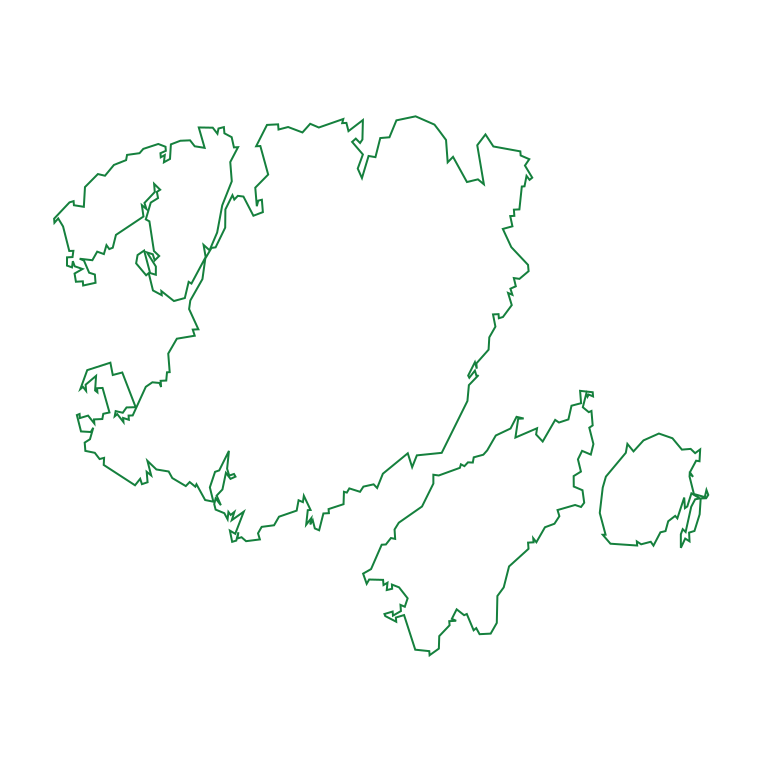 Bokn nor, Rogaland, Norway (Robinson projection), rotated 84°
{"feature_id": "86288312B12151058165586", "entity_name": "Bokn nor", "entity_type": "district", "adm_level": 2, "iso_a3": "NOR", "parent_name": "Norway", "parent_adm1": "Rogaland", "projection": "robinson", "projection_center": [5.436, 59.216], "detail": "fine", "context": "isolated", "style": "outline", "palette": "green", "viewbox_px": 768, "rotation_deg": 84, "n_neighbors": 0, "source": "geoboundaries", "source_scale": "gbopen_adm2", "svg_char_len": 6139}
<svg xmlns="http://www.w3.org/2000/svg" viewBox="0 0 768 768"><g transform="rotate(84 384 384)"><path d="M181.5,221.0L175.6,216.0L171.0,224.2L166.9,224.1L159.2,250.4L146.4,257.0L156.3,266.3L195.8,263.8L190.3,269.2L191.8,280.4L165.3,291.6L170.2,297.5L147.8,296.8L137.8,302.7L131.3,306.7L121.1,324.6L123.1,344.1L139.2,352.8L139.0,362.0L157.5,368.8L155.6,375.5L176.9,384.4L167.0,387.6L153.5,381.0L139.9,390.4L137.0,386.4L141.8,382.6L138.6,379.9L119.3,377.4L128.8,392.9L120.4,394.1L120.2,398.3L116.2,396.8L122.1,422.0L117.5,430.2L125.3,438.8L118.4,452.5L119.9,462.3L114.7,462.2L114.1,473.3L134.2,486.3L134.4,482.1L163.6,477.3L175.3,491.5L193.9,491.9L188.5,489.9L188.0,486.2L200.4,486.5L203.0,496.3L182.9,504.2L181.6,509.7L184.9,513.6L180.4,515.0L193.8,523.5L211.9,525.6L230.5,537.2L230.6,541.3L240.5,548.6L260.7,553.6L280.7,567.9L289.1,570.0L310.2,562.9L309.9,568.5L316.2,567.2L317.3,585.3L331.2,595.4L349.8,595.9L349.7,598.6L357.8,600.2L357.5,605.8L363.7,606.0L359.5,607.2L358.1,614.2L361.9,621.2L389.0,637.2L388.7,641.3L392.9,641.5L390.5,647.0L394.6,647.1L386.1,652.4L388.0,655.2L382.9,653.7L385.3,646.8L380.4,642.5L381.1,633.4L345.2,643.1L346.7,652.8L334.2,653.9L339.2,677.7L357.3,686.5L355.4,683.7L359.7,681.0L353.5,680.8L345.8,669.5L360.2,672.0L362.3,669.9L358.2,669.8L358.5,664.3L383.6,660.0L384.3,666.3L389.4,667.8L388.9,676.1L393.0,676.2L384.5,681.6L386.1,690.0L382.0,689.9L382.8,692.7L399.5,690.3L401.1,680.6L397.1,677.7L408.2,682.2L411.0,687.8L419.3,688.0L422.2,678.8L428.9,674.7L428.2,670.1L435.2,671.2L458.7,642.2L452.8,636.4L458.3,635.2L457.0,629.4L446.5,629.2L450.6,625.1L435.7,627.3L445.2,619.3L448.5,607.3L455.4,604.4L464.8,591.8L461.2,587.5L466.4,582.4L464.1,581.0L480.7,574.0L483.2,566.0L468.6,568.0L453.7,561.2L452.7,556.9L434.3,545.2L451.9,548.9L458.9,547.5L457.8,542.6L460.6,541.4L462.3,546.6L455.8,550.5L472.0,555.7L477.5,562.1L487.5,558.9L480.2,563.4L485.7,565.4L491.3,564.6L495.8,556.3L502.2,553.7L495.0,552.1L498.2,550.2L495.6,546.2L503.5,549.6L496.3,536.8L517.4,547.6L513.7,552.6L525.1,551.5L524.3,547.3L516.2,544.3L522.3,545.9L521.5,541.7L525.9,537.6L525.6,523.7L519.3,524.9L513.3,520.6L513.0,508.1L505.0,502.3L500.8,484.1L490.7,481.1L493.0,477.0L486.8,475.4L501.6,470.2L501.5,473.0L515.8,476.1L509.9,470.4L516.0,472.0L512.0,469.1L520.4,467.9L522.7,463.8L506.4,457.8L506.7,452.3L502.6,452.2L499.3,436.8L487.0,435.1L488.1,432.3L484.2,429.4L488.7,419.1L483.9,415.2L482.7,404.8L486.7,401.7L473.1,394.5L455.4,367.6L469.7,364.7L458.4,358.8L458.5,333.8L409.6,302.8L394.0,299.7L385.0,289.0L386.5,291.0L380.2,292.2L386.7,298.5L384.4,299.4L371.8,291.3L378.4,290.1L373.2,290.0L360.8,276.4L348.6,274.4L338.6,267.2L326.2,268.3L326.5,262.8L330.6,262.9L329.8,258.7L318.9,248.7L306.4,251.1L308.7,247.0L302.4,248.3L300.6,242.7L292.2,243.8L293.6,238.3L286.9,228.4L280.6,228.3L261.2,243.1L242.2,249.6L240.6,239.8L230.2,240.9L230.4,236.8L224.2,236.6L224.5,231.1L202.0,226.3L202.1,223.6L191.9,220.5L196.2,217.9L194.3,215.0L181.5,221.0ZM418.2,177.4L414.0,177.3L411.3,189.7L423.7,190.0L425.2,199.8L438.5,204.3L440.6,214.0L437.6,217.5L457.8,232.2L450.1,238.0L444.0,236.4L451.0,258.9L432.6,254.2L432.9,248.7L430.5,255.6L441.5,262.8L446.9,278.2L460.8,288.3L464.7,292.6L466.3,302.4L471.4,303.9L470.7,308.7L474.1,312.6L471.9,315.9L475.3,317.3L480.7,339.1L479.4,344.4L488.2,345.3L509.8,359.0L523.5,383.8L529.8,388.7L539.2,389.1L537.9,393.2L543.8,398.9L543.6,403.1L566.7,416.2L570.4,424.6L580.9,422.1L576.9,419.2L578.7,405.4L583.9,405.5L582.0,401.3L589.2,402.8L588.5,397.3L584.3,397.1L587.8,390.3L599.6,382.9L607.7,386.6L605.4,390.7L611.6,390.9L615.3,399.3L611.2,399.2L612.8,407.6L614.9,407.0L621.7,396.7L617.5,396.6L615.9,388.2L651.5,380.7L654.4,366.9L658.5,367.0L652.9,357.1L640.5,355.4L630.8,344.0L626.7,343.9L627.0,337.0L624.7,341.1L615.7,335.3L622.3,328.5L621.4,325.7L638.3,320.6L636.4,317.8L642.8,315.1L643.4,304.0L633.4,296.8L606.7,293.4L598.8,286.2L578.5,278.7L563.0,257.5L556.8,257.3L557.1,251.8L553.0,251.7L557.3,249.0L543.3,238.9L540.8,229.1L533.8,223.4L527.5,224.6L524.3,206.6L526.9,200.9L523.0,197.3L510.4,197.7L505.8,206.0L495.4,205.0L491.7,197.3L479.2,199.0L471.2,194.0L475.8,185.7L465.6,182.0L448.9,184.4L447.0,180.8L432.5,180.5L433.4,183.3L427.9,188.7L414.4,183.7L417.9,182.9L415.9,181.5L418.2,177.4ZM147.2,513.7L133.2,504.4L133.0,508.5L122.6,509.7L118.0,516.5L111.8,516.4L112.6,521.9L117.7,523.5L111.2,527.5L109.5,541.4L130.4,537.7L127.8,547.4L121.4,551.4L120.8,561.1L123.4,570.9L137.8,573.3L140.5,579.7L133.4,578.1L135.2,582.3L131.1,582.2L129.3,576.6L125.2,576.5L121.7,583.4L125.0,598.8L128.9,603.0L129.3,615.6L134.4,617.1L137.9,629.7L147.7,639.7L145.3,646.6L156.9,660.8L176.4,664.0L173.8,673.7L169.7,673.6L170.5,677.8L185.1,694.8L189.2,694.9L185.3,690.7L193.8,686.7L218.8,683.1L219.1,679.0L225.2,680.5L224.9,686.0L233.1,686.9L235.4,682.1L229.3,680.6L234.6,679.3L238.1,671.8L241.8,680.2L250.1,679.7L250.4,672.8L254.6,672.9L253.2,660.3L244.9,660.1L242.5,665.6L229.9,669.5L227.6,673.6L230.4,661.1L222.4,655.4L225.5,649.0L216.9,645.5L221.1,643.1L220.1,639.5L207.7,635.0L192.3,605.7L180.8,606.1L185.1,602.0L178.9,603.3L169.1,591.9L160.9,591.7L167.4,586.3L169.2,589.8L175.5,589.3L179.2,597.0L195.4,603.7L197.7,600.3L227.7,598.9L233.2,594.2L237.1,599.1L230.8,600.4L228.4,605.9L243.3,598.6L251.5,599.5L249.2,605.0L226.2,608.6L230.0,615.6L238.1,617.9L251.0,609.2L249.1,606.4L266.8,604.0L272.4,595.8L268.3,595.7L279.5,584.3L277.7,573.1L262.0,567.6L264.0,565.0L239.1,548.1L226.8,548.9L232.8,543.5L215.9,534.1L189.4,526.2L166.5,514.2L147.2,513.7ZM493.8,78.3L482.1,76.4L485.3,81.8L480.6,85.8L480.4,94.6L468.1,102.8L462.0,115.8L467.2,131.8L477.1,142.9L469.0,148.2L477.7,150.7L499.3,173.0L509.9,177.3L534.8,182.9L557.0,179.4L556.8,182.2L566.5,175.5L571.1,149.1L567.0,149.0L570.3,145.0L568.8,135.2L572.9,132.9L560.4,124.6L559.7,119.4L550.2,115.7L545.6,108.2L548.3,106.3L528.3,97.3L538.9,97.7L537.5,95.2L524.9,89.7L530.8,81.8L531.2,86.6L538.2,91.3L562.7,99.5L559.6,102.1L564.5,104.5L578.0,105.9L569.2,100.6L572.4,96.6L563.7,96.1L562.6,90.6L546.6,83.7L530.9,81.0L531.3,75.6L528.2,73.1L523.1,74.4L530.0,76.8L525.8,87.3L508.0,89.8L505.0,89.3L508.6,86.3L503.8,89.0L492.9,81.6L493.8,78.3Z" fill="none" stroke="#15803d" stroke-width="2"/></g></svg>